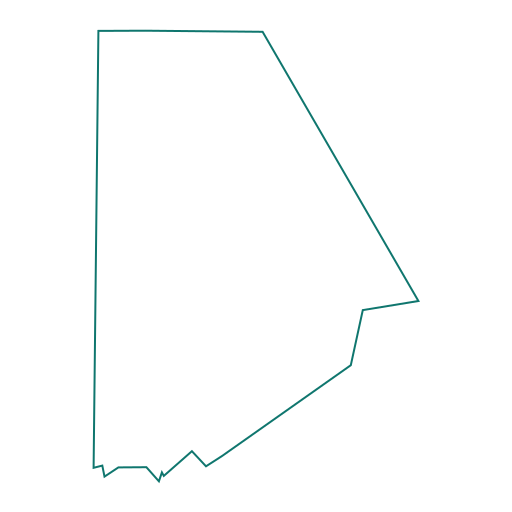 the district of Brown, Texas, United States of America
{"feature_id": "52423323B78869774166833", "entity_name": "Brown", "entity_type": "district", "adm_level": 2, "iso_a3": "USA", "parent_name": "United States of America", "parent_adm1": "Texas", "projection": "albers", "projection_center": [-99.046, 31.764], "detail": "fine", "context": "isolated", "style": "outline", "palette": "teal", "viewbox_px": 512, "rotation_deg": 0, "n_neighbors": 0, "source": "geoboundaries", "source_scale": "gbopen_adm2", "svg_char_len": 336}
<svg xmlns="http://www.w3.org/2000/svg" viewBox="0 0 512 512"><path d="M98.4,30.9L93.6,467.8L102.3,465.6L104.5,476.6L118.4,467.4L146.4,467.2L158.9,481.3L161.9,472.4L163.8,475.9L191.9,451.2L206.0,466.3L222.2,455.9L350.8,365.2L362.8,310.1L418.4,301.0L262.6,31.8L145.1,30.7L98.4,30.9Z" fill="none" stroke="#0f766e" stroke-width="2"/></svg>